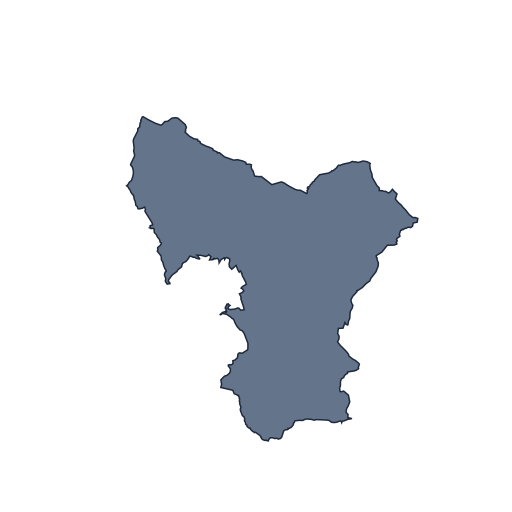 Atid, Harghita, Romania, rotated 307°
{"feature_id": "2599482B64180314923929", "entity_name": "Atid", "entity_type": "district", "adm_level": 2, "iso_a3": "ROU", "parent_name": "Romania", "parent_adm1": "Harghita", "projection": "mercator", "projection_center": [25.009, 46.469], "detail": "fine", "context": "isolated", "style": "filled", "palette": "slate", "viewbox_px": 512, "rotation_deg": 307, "n_neighbors": 0, "source": "geoboundaries", "source_scale": "gbopen_adm2", "svg_char_len": 6155}
<svg xmlns="http://www.w3.org/2000/svg" viewBox="0 0 512 512"><g transform="rotate(307 256 256)"><path d="M183.9,430.5L182.2,426.6L184.8,424.9L185.5,421.8L189.0,420.1L191.6,419.9L196.0,418.6L200.5,413.5L200.9,407.3L199.0,405.9L198.3,404.7L200.8,402.3L203.0,401.6L206.8,398.9L209.3,398.1L211.8,399.2L213.1,398.7L215.3,398.8L217.3,399.7L218.5,398.9L223.2,403.5L224.9,404.7L227.3,405.7L227.8,405.7L228.7,404.7L231.8,403.7L232.2,402.0L232.4,398.3L231.9,395.4L232.0,390.4L232.9,389.4L233.5,388.0L234.2,385.1L235.3,377.2L236.5,372.8L239.5,372.2L241.4,371.1L242.2,370.2L243.2,367.9L247.8,365.4L250.7,368.9L256.4,367.1L255.6,368.9L256.0,370.7L256.3,370.8L259.9,369.0L262.5,368.5L267.3,365.3L269.3,364.5L272.3,364.2L275.0,363.0L275.7,361.0L278.0,358.2L281.8,357.5L288.4,358.1L289.1,357.4L290.3,358.3L294.9,359.9L300.1,360.5L304.5,361.9L307.1,361.2L315.6,361.3L321.3,359.7L324.1,357.9L326.1,354.7L327.4,353.8L327.6,352.6L328.6,351.8L335.0,354.2L343.6,354.4L347.8,359.7L350.2,361.3L350.7,361.0L351.3,359.7L353.1,359.7L353.9,358.1L355.4,358.1L358.3,359.1L359.9,357.3L363.5,356.1L364.2,356.8L365.5,356.9L365.7,357.7L367.6,358.2L368.3,359.1L370.2,360.0L371.2,361.0L371.6,362.3L372.6,362.8L374.0,363.1L377.0,361.7L380.0,364.4L383.4,362.6L382.5,359.9L381.4,358.7L381.1,357.3L381.3,353.2L382.8,347.8L383.3,344.2L384.1,341.4L384.3,337.7L385.3,333.1L390.5,331.2L390.7,328.1L391.4,324.8L388.4,324.7L386.0,324.0L385.7,320.7L384.7,319.4L384.2,317.7L382.4,315.0L384.0,314.0L384.7,312.9L384.9,310.5L388.7,301.6L391.3,299.2L393.0,296.4L394.4,294.7L397.2,292.0L398.7,291.5L398.2,288.1L396.7,285.0L395.9,284.0L392.9,281.9L391.9,280.8L391.1,278.7L390.5,278.3L389.5,276.0L387.0,274.8L381.7,270.2L379.0,268.6L378.1,267.2L374.3,267.2L370.3,266.1L369.8,265.3L369.0,265.4L366.1,264.2L359.2,257.9L351.9,257.1L351.2,257.6L348.7,256.6L347.4,257.1L346.1,256.5L343.3,257.0L342.7,256.1L341.9,255.8L341.1,256.1L341.2,257.4L338.9,257.4L338.3,258.4L336.4,259.0L335.1,251.5L333.7,249.9L332.7,246.9L331.6,240.0L331.2,234.1L330.4,231.6L322.5,225.7L322.7,212.4L321.5,211.1L319.1,207.1L319.4,206.2L322.2,202.4L322.6,200.7L324.1,198.6L326.0,197.5L325.6,195.8L323.4,193.0L324.7,191.4L324.3,190.5L324.0,188.5L321.8,183.3L319.2,180.6L316.2,171.2L316.5,164.7L315.1,163.0L315.7,162.5L314.7,157.9L315.3,157.5L315.6,156.7L314.6,152.6L313.6,149.8L312.5,143.8L313.5,142.8L313.6,141.7L312.9,140.1L314.0,139.2L312.2,135.8L311.6,130.8L312.2,124.9L313.1,124.8L314.5,123.7L316.8,123.0L318.4,120.4L319.1,110.5L317.8,108.2L315.5,105.9L310.6,104.5L308.4,102.2L304.2,101.9L303.1,100.9L301.4,95.6L300.0,87.8L299.3,82.0L298.6,81.5L295.0,82.3L294.1,83.3L292.5,83.4L289.0,85.4L286.4,85.0L284.8,86.3L276.1,87.8L274.1,88.6L268.9,93.7L266.4,94.9L263.7,98.1L262.6,98.9L253.7,100.7L253.1,101.5L252.7,103.5L251.1,105.8L248.5,108.2L245.3,109.8L241.2,111.1L238.5,110.4L236.1,110.8L234.2,110.4L234.1,112.5L233.4,113.8L233.0,115.4L231.5,118.1L231.0,119.7L230.9,121.2L230.2,122.0L230.1,122.7L229.4,123.1L227.8,125.0L227.2,126.3L224.1,129.7L224.1,131.4L222.8,133.2L223.1,134.2L226.1,136.7L227.9,137.4L228.0,137.8L226.5,139.8L225.3,140.1L224.7,140.7L220.3,152.2L219.1,154.4L218.5,154.7L216.5,153.2L215.8,153.6L215.0,154.7L214.5,154.3L214.7,155.6L216.5,157.6L216.5,158.0L213.6,160.6L213.1,163.6L211.9,165.9L211.1,168.9L209.3,171.3L209.5,172.5L208.4,173.1L206.6,173.1L203.7,172.4L203.1,172.6L202.3,173.7L200.4,174.3L198.9,180.2L196.0,182.8L194.8,185.6L193.0,187.7L191.3,190.5L190.5,192.2L190.4,193.0L189.9,193.4L188.4,193.2L185.9,194.1L183.6,197.6L181.5,198.6L181.0,199.3L180.1,202.0L182.1,203.9L182.6,203.5L183.1,201.4L183.9,200.7L184.8,200.5L190.4,200.5L196.1,202.2L198.1,201.9L202.4,203.1L205.6,201.8L207.8,202.4L209.1,203.3L213.3,203.6L215.9,203.1L216.9,205.0L217.2,206.8L218.2,207.8L218.2,209.7L219.6,212.7L220.2,212.4L220.2,211.5L221.0,209.6L221.1,208.4L223.4,211.6L225.3,216.1L227.4,217.3L228.6,217.4L228.4,220.4L224.9,221.2L227.0,223.7L227.8,224.1L228.2,223.6L228.8,223.8L229.0,225.0L230.8,226.5L230.9,227.4L230.1,229.1L228.3,230.7L232.1,230.3L235.2,231.5L235.6,232.0L234.5,233.0L235.9,232.9L237.3,233.6L237.6,234.6L237.3,235.1L237.9,236.4L237.6,237.0L235.9,238.2L233.5,239.2L231.4,241.2L230.8,244.6L236.5,245.8L233.9,250.0L233.0,252.3L234.7,252.6L234.1,254.2L233.4,254.9L233.6,255.3L232.2,256.6L228.9,263.5L227.6,265.3L223.2,263.5L221.4,263.4L221.5,265.5L220.7,267.4L217.8,266.7L215.9,265.5L214.2,268.8L212.8,269.6L207.3,277.4L205.9,278.9L203.5,276.4L204.0,274.2L203.7,272.8L200.8,271.0L197.4,267.2L197.3,265.2L199.3,264.6L200.9,265.0L200.7,263.5L201.1,262.6L200.9,262.5L199.8,261.7L198.6,262.5L198.1,262.1L196.9,262.7L196.6,262.4L195.5,263.2L195.8,264.0L195.6,264.5L194.2,264.9L194.1,265.9L193.3,266.2L192.7,265.6L193.0,264.8L190.6,263.1L189.2,263.0L187.8,262.5L187.6,262.8L187.9,263.2L190.0,263.9L191.8,267.7L192.0,272.8L191.7,274.5L192.0,275.5L191.4,277.3L190.2,279.1L188.4,283.0L187.4,287.5L188.0,290.3L186.8,293.5L181.4,302.1L176.8,305.5L175.2,305.5L170.3,303.6L169.5,302.8L169.0,301.4L167.7,300.6L166.5,300.8L163.5,302.4L160.0,301.7L158.5,300.5L156.3,302.3L154.5,302.0L153.1,300.0L152.2,299.5L151.6,299.9L150.5,303.4L148.4,305.0L146.4,305.3L143.3,304.7L141.0,303.1L135.9,302.5L132.9,305.7L129.8,307.0L134.8,318.3L132.9,321.5L133.6,323.9L133.6,325.2L134.1,326.0L133.4,326.6L133.0,328.0L132.1,328.4L131.4,329.5L130.0,330.0L129.6,330.9L128.1,332.0L126.4,334.6L125.6,335.3L124.2,335.6L123.2,336.6L120.3,341.2L120.3,342.9L119.9,343.9L119.0,345.1L117.5,345.9L116.5,348.0L115.4,349.1L115.4,350.5L114.4,351.6L114.4,354.1L115.0,354.9L114.3,355.9L113.9,358.8L114.2,360.3L114.0,361.0L114.6,361.2L114.9,361.9L115.0,366.2L114.8,368.4L114.2,368.9L113.3,371.4L114.0,374.0L114.9,374.7L114.8,375.2L115.3,375.9L115.5,377.0L118.3,376.6L119.6,377.0L120.9,378.8L121.4,380.7L123.0,382.4L123.2,384.0L125.1,385.4L127.0,385.5L132.9,383.4L135.0,384.1L136.2,385.6L137.3,385.9L137.6,385.4L138.3,386.3L140.5,387.3L143.7,387.4L144.9,386.5L145.8,386.8L147.8,386.3L150.8,389.5L152.8,392.3L155.5,393.7L156.5,394.8L158.7,398.3L159.9,401.3L161.8,402.8L167.8,411.6L168.7,413.5L168.6,416.3L169.9,418.5L171.5,420.2L174.9,422.5L175.2,423.9L174.5,424.7L176.2,424.4L177.2,425.5L180.9,427.7L183.9,430.5Z" fill="#64748b" stroke="#1e293b" stroke-width="1.5"/></g></svg>